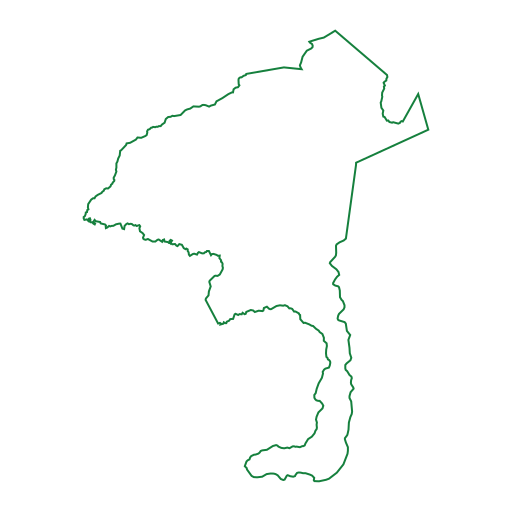 Riachão, Maranhão, Brazil
{"feature_id": "56859067B63630891842305", "entity_name": "Riachão", "entity_type": "district", "adm_level": 2, "iso_a3": "BRA", "parent_name": "Brazil", "parent_adm1": "Maranhão", "projection": "mercator", "projection_center": [-46.708, -7.747], "detail": "fine", "context": "isolated", "style": "outline", "palette": "green", "viewbox_px": 512, "rotation_deg": 0, "n_neighbors": 0, "source": "geoboundaries", "source_scale": "gbopen_adm2", "svg_char_len": 6040}
<svg xmlns="http://www.w3.org/2000/svg" viewBox="0 0 512 512"><path d="M244.8,466.2L246.7,468.1L247.0,469.5L251.6,475.9L253.8,477.1L257.2,477.3L262.2,476.7L266.6,474.1L270.6,473.5L273.7,473.6L275.6,474.1L277.7,475.3L280.8,479.0L283.3,480.0L284.6,479.6L286.8,475.7L287.7,475.2L290.2,476.2L293.2,476.7L295.0,476.1L295.6,474.8L297.1,472.9L298.6,472.5L300.6,472.6L303.0,473.2L305.5,473.2L309.9,474.6L312.1,475.6L314.2,477.8L313.8,480.2L314.4,481.1L319.0,481.3L326.0,479.8L329.0,478.7L336.8,472.7L343.4,464.4L347.5,453.8L347.9,450.8L347.9,447.2L345.9,442.5L344.9,439.3L344.9,438.2L347.2,435.2L347.6,433.9L348.5,429.7L348.9,422.5L350.4,417.0L351.7,414.1L352.1,411.6L351.2,401.4L349.5,398.0L349.5,396.1L350.6,392.2L353.6,388.7L353.3,387.5L351.2,384.3L350.9,382.8L351.1,380.3L351.8,378.1L351.4,376.6L349.5,375.0L347.2,371.2L345.7,369.9L345.3,368.4L345.3,365.0L346.6,363.4L350.4,360.3L351.3,357.8L349.8,353.3L349.5,347.9L348.4,339.9L350.2,335.0L346.9,330.9L345.8,323.6L344.6,322.1L339.0,320.4L338.0,319.7L337.6,318.4L338.2,315.6L339.0,313.9L343.6,309.4L344.5,307.3L344.5,305.2L342.9,301.1L341.6,299.9L340.0,297.2L339.8,290.5L339.0,287.2L338.1,286.3L335.3,285.6L333.2,284.3L333.1,283.1L335.1,279.4L337.1,276.7L339.2,274.9L338.5,272.0L336.4,269.3L331.9,265.9L329.8,263.2L330.2,262.1L335.1,256.8L335.9,255.4L336.2,252.9L336.0,245.8L336.6,244.4L339.6,242.3L343.7,240.5L345.9,238.6L356.0,165.1L356.1,162.7L428.3,129.7L418.2,94.0L402.8,121.5L401.7,121.1L400.6,121.7L399.9,122.9L398.3,123.6L393.1,122.2L392.1,122.7L389.4,122.0L388.3,120.5L386.9,120.7L384.6,117.0L383.3,116.6L382.7,113.7L383.3,110.5L381.4,107.8L380.7,102.6L381.3,101.3L382.3,96.7L382.0,95.5L382.2,92.6L384.2,88.6L383.9,86.5L384.9,85.6L383.6,82.8L384.4,81.8L386.3,80.5L386.4,78.8L387.4,77.0L387.0,75.0L335.2,30.7L323.8,37.6L318.7,38.8L309.3,41.7L309.8,42.5L312.1,44.1L312.7,45.8L312.5,47.2L311.2,48.5L306.8,50.7L302.6,56.7L301.1,62.5L299.9,65.3L300.5,67.3L301.6,69.2L283.9,67.4L246.3,73.9L245.8,75.1L243.6,75.8L241.6,77.3L240.4,77.3L239.2,78.1L238.6,79.0L238.5,80.1L238.7,84.2L239.4,85.3L238.0,87.2L235.6,87.7L233.6,89.3L233.0,92.4L231.9,92.4L228.4,94.1L222.4,98.1L216.5,101.3L214.9,104.5L210.9,105.6L209.1,106.6L205.7,105.2L203.8,104.9L202.4,105.0L200.3,106.4L198.9,106.7L193.4,106.4L190.2,108.6L187.2,109.4L185.1,110.4L180.6,115.0L174.1,116.1L172.4,115.8L170.6,116.8L168.2,117.0L165.8,119.0L164.6,122.7L161.9,124.6L160.7,126.1L158.9,126.1L157.7,126.8L156.4,126.7L155.2,127.2L153.1,126.9L152.3,127.5L151.1,127.7L149.6,129.2L148.0,129.7L147.1,131.3L147.3,132.5L146.7,135.0L145.4,136.0L141.2,137.8L137.5,137.5L135.9,139.6L130.1,142.8L126.6,143.4L126.1,145.0L121.1,150.3L120.2,150.8L119.7,155.5L118.2,158.5L117.4,161.6L116.4,163.4L116.4,167.6L115.9,169.8L116.4,171.5L114.9,175.5L113.7,177.6L113.7,179.0L114.4,180.0L114.2,181.0L112.7,182.6L112.4,183.6L111.0,184.8L110.5,186.4L108.0,188.5L106.2,188.3L104.3,189.3L103.8,190.7L102.3,191.8L101.5,193.0L97.7,194.9L95.5,196.5L94.5,198.3L93.2,198.2L91.2,199.6L88.2,204.1L87.9,207.4L88.4,209.4L87.3,210.0L87.0,212.1L85.8,212.5L85.6,214.3L84.8,216.2L83.7,217.0L83.7,218.4L84.4,219.9L86.9,219.4L88.2,220.8L89.0,218.6L89.9,218.3L90.5,219.9L89.6,221.5L90.7,222.3L92.1,222.2L93.5,223.7L94.7,224.4L95.1,223.5L93.1,222.2L94.6,219.9L95.7,221.2L100.1,222.0L100.7,223.4L105.1,224.5L106.0,225.5L105.7,226.4L105.9,228.1L107.3,227.5L109.1,225.9L110.2,226.4L111.6,225.9L113.4,225.8L116.0,224.3L119.2,223.6L120.4,223.6L122.4,228.6L124.1,229.1L124.6,225.9L126.4,224.0L127.6,223.4L128.9,224.2L130.5,223.8L131.8,224.0L133.5,225.4L134.7,225.5L135.5,225.1L136.7,226.0L139.3,225.1L140.2,226.3L139.4,228.3L140.0,231.3L142.6,233.1L144.1,235.0L143.0,237.7L143.3,238.7L144.2,239.4L145.7,239.8L147.9,239.0L152.5,241.5L155.4,241.5L157.5,239.8L158.7,239.5L162.1,241.8L162.8,240.0L164.1,239.5L164.5,241.5L168.0,242.1L169.0,243.0L170.5,243.0L172.3,244.3L175.0,244.0L176.5,245.7L177.5,246.1L179.3,244.1L181.9,244.8L183.8,248.2L185.6,249.2L186.4,248.6L187.7,249.4L187.7,251.0L188.6,252.3L188.9,254.6L189.9,255.9L192.9,254.0L194.2,253.7L197.0,254.6L198.0,252.8L198.9,252.1L202.2,253.4L203.9,253.3L204.9,252.3L206.2,252.0L206.9,251.0L208.9,251.0L211.0,255.2L211.9,254.1L213.5,253.9L216.6,254.9L217.9,255.8L219.7,255.6L219.4,258.1L221.1,260.3L221.0,261.7L222.0,262.4L222.6,263.9L222.4,266.0L222.9,267.8L222.6,269.4L219.8,274.5L217.6,275.9L215.4,275.7L214.5,276.0L209.7,280.7L209.3,281.9L210.7,286.4L208.9,291.4L208.5,295.4L205.9,298.5L205.6,299.9L218.1,323.5L219.9,322.9L220.8,323.5L220.5,324.5L223.3,323.7L223.8,322.3L225.1,323.1L226.3,323.1L226.8,321.7L229.1,320.7L230.2,319.1L233.1,318.9L234.6,314.4L235.5,313.8L238.2,315.0L239.5,314.1L241.7,314.3L242.6,312.8L244.6,314.2L245.7,313.8L246.3,311.9L250.8,310.0L253.2,310.5L254.8,312.0L258.7,310.7L262.5,311.1L263.4,310.5L263.9,308.0L266.9,306.7L269.1,308.8L270.2,309.2L271.2,309.1L276.5,306.0L280.0,305.3L283.2,305.7L284.9,305.2L287.5,306.3L289.3,308.4L290.6,308.3L292.2,308.9L294.1,311.6L295.5,311.5L298.9,313.4L299.3,314.5L300.1,315.0L300.3,319.2L303.6,323.0L305.0,322.7L309.3,324.4L311.5,325.7L313.1,326.0L316.0,328.8L318.7,330.6L319.7,332.1L322.4,334.0L323.9,337.8L323.8,340.8L326.6,343.3L326.9,346.0L326.2,349.6L326.0,353.3L326.4,356.9L327.5,357.9L327.9,359.4L329.1,360.0L330.1,361.4L330.3,362.8L329.8,365.4L328.9,367.6L325.4,368.6L324.1,369.6L322.7,371.9L323.0,373.5L321.9,377.8L318.7,383.3L316.7,388.8L315.7,393.1L314.3,395.0L314.4,397.8L315.2,399.2L316.3,400.3L318.3,400.9L319.7,400.9L322.1,403.5L323.3,405.7L322.5,408.4L318.4,412.4L316.6,416.7L316.0,419.6L316.9,422.5L316.6,424.7L316.9,427.7L316.6,429.2L315.5,430.6L314.5,433.4L311.8,436.7L308.1,439.1L305.4,443.5L304.7,445.4L303.4,446.1L302.4,446.1L299.9,447.2L296.6,446.6L295.6,446.8L293.9,446.3L292.6,446.4L289.5,448.2L287.3,447.6L284.2,448.3L281.3,447.9L278.4,446.6L277.5,445.6L276.1,445.1L272.9,446.0L266.9,449.8L262.2,450.4L260.7,451.0L259.6,452.6L258.4,453.6L255.5,454.6L254.0,454.7L251.2,456.1L250.1,457.5L249.5,459.4L247.7,460.3L246.5,461.5L244.8,466.2ZM170.5,243.0L169.7,240.8L170.7,239.9L172.0,240.6L170.5,243.0Z" fill="none" stroke="#15803d" stroke-width="2"/></svg>